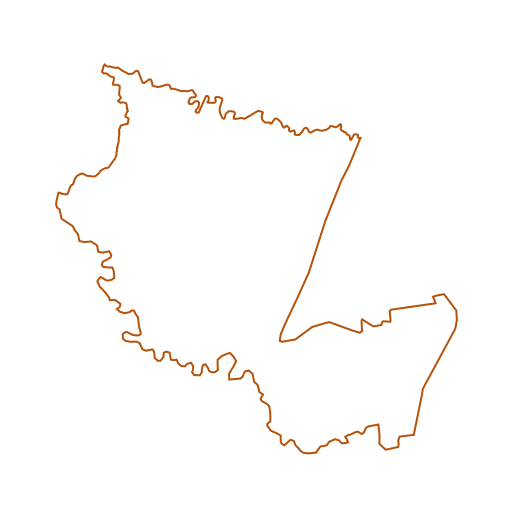 outline of Arbolito, Cerro Largo, Uruguay, rotated 174°
{"feature_id": "84410073B155313044366", "entity_name": "Arbolito", "entity_type": "district", "adm_level": 2, "iso_a3": "URY", "parent_name": "Uruguay", "parent_adm1": "Cerro Largo", "projection": "mercator", "projection_center": [-54.143, -32.623], "detail": "fine", "context": "isolated", "style": "outline", "palette": "amber", "viewbox_px": 512, "rotation_deg": 174, "n_neighbors": 0, "source": "geoboundaries", "source_scale": "gbopen_adm2", "svg_char_len": 6100}
<svg xmlns="http://www.w3.org/2000/svg" viewBox="0 0 512 512"><g transform="rotate(174 256 256)"><path d="M139.8,362.4L141.2,362.4L142.3,363.5L142.3,364.1L141.9,365.5L142.2,366.2L145.7,366.7L149.0,361.9L149.5,361.6L150.0,361.8L150.3,362.2L150.1,363.3L150.4,365.8L153.1,367.7L153.3,368.6L153.7,369.3L154.3,369.7L155.2,369.9L156.0,370.9L158.0,372.0L158.4,373.1L158.4,373.8L157.7,375.8L157.9,377.8L158.4,378.3L159.1,378.1L160.3,376.8L163.2,375.7L164.5,376.0L165.6,376.7L167.8,377.6L168.7,377.3L169.7,375.8L172.8,374.3L176.9,373.7L177.8,373.8L180.5,374.5L181.5,375.2L182.9,375.2L184.1,375.0L188.2,373.1L189.1,373.1L190.2,373.9L190.9,375.1L191.2,376.6L191.8,377.7L192.7,378.2L193.7,378.2L194.7,377.8L196.6,375.7L196.7,375.0L198.2,373.9L198.8,373.1L200.3,371.9L201.8,372.1L203.4,372.0L204.8,372.9L204.4,374.3L204.5,375.6L205.0,376.9L208.9,376.1L210.1,377.3L209.6,379.7L211.7,382.3L213.0,382.0L213.5,381.2L214.0,380.8L215.2,380.9L216.4,383.3L216.6,385.0L217.4,386.6L220.2,389.9L221.7,390.7L223.1,390.5L226.3,386.6L226.9,386.2L227.9,386.2L228.0,387.0L229.0,387.4L232.8,387.7L234.8,389.7L235.7,391.4L235.8,393.7L235.3,396.1L234.6,396.8L234.2,397.6L234.2,398.1L235.1,398.8L237.9,399.8L239.1,400.0L252.7,393.8L253.7,393.8L255.4,394.6L257.1,394.8L260.8,394.4L262.7,394.6L263.8,395.0L263.2,397.6L262.2,399.2L262.0,400.3L262.4,401.2L263.4,402.0L266.7,402.8L268.6,402.5L271.2,400.5L272.8,396.3L273.4,395.9L274.0,395.9L274.9,396.6L275.8,399.0L276.7,401.6L277.0,404.7L276.4,407.3L273.9,413.3L273.4,413.8L273.2,415.8L273.7,416.4L276.3,417.9L277.7,418.3L279.6,418.1L280.1,417.5L279.8,414.1L280.9,412.9L282.0,412.7L287.6,413.5L288.1,414.1L287.0,415.4L286.6,416.6L286.5,418.8L287.2,420.0L288.1,420.4L289.1,420.0L297.8,404.9L298.6,404.6L300.1,404.9L300.8,405.4L301.0,405.9L300.3,407.6L297.8,409.8L296.5,414.0L297.4,415.8L300.2,416.3L302.5,414.7L302.7,414.3L303.1,414.0L305.6,413.9L306.4,414.4L306.7,415.1L306.4,415.4L307.0,416.6L305.6,419.0L304.9,420.0L303.8,420.6L302.2,420.3L300.0,420.5L299.1,421.4L299.0,422.7L299.9,423.7L300.3,424.3L300.3,425.0L301.9,427.5L303.4,427.7L305.5,427.1L307.7,427.0L310.3,427.8L312.5,427.6L320.3,431.0L322.5,430.9L323.2,431.2L323.7,433.8L324.7,434.9L325.8,435.7L328.4,435.5L333.6,434.4L336.5,434.4L340.0,435.7L341.0,436.1L341.5,440.9L342.4,442.6L344.3,442.6L349.0,439.7L349.8,439.8L350.7,440.3L353.6,451.1L354.1,452.1L354.9,452.5L355.6,452.7L356.8,452.2L359.0,450.6L360.1,450.2L363.1,450.3L364.3,450.7L366.4,452.3L367.3,452.7L369.2,454.0L373.7,457.9L375.1,458.0L375.7,457.7L379.3,458.8L381.3,459.8L382.8,459.7L384.6,460.3L386.6,462.2L388.0,460.3L388.6,457.8L389.7,456.3L389.8,455.0L388.5,453.6L385.3,453.0L382.5,450.2L380.9,449.3L379.4,449.0L378.6,447.9L379.4,444.6L380.4,442.4L380.1,441.2L377.6,441.0L375.5,440.5L373.9,439.6L373.9,437.8L375.0,432.8L375.2,430.7L374.8,429.5L373.9,428.2L373.9,427.2L374.5,426.5L377.0,424.7L376.9,424.2L375.5,423.3L374.9,422.5L373.0,422.8L371.3,422.5L369.5,421.6L369.1,421.1L368.7,419.0L368.9,417.4L368.6,416.6L369.0,415.7L368.2,413.6L369.3,412.6L371.2,409.3L371.3,408.8L371.2,408.1L368.8,406.5L368.5,405.8L368.5,404.5L369.0,403.7L369.8,400.8L370.1,400.6L371.0,401.0L372.5,400.5L373.7,400.5L375.3,400.2L376.7,399.8L377.5,398.8L377.7,397.8L378.7,396.5L379.2,394.8L378.9,393.9L379.4,392.2L379.1,391.5L380.1,388.3L380.5,384.7L382.5,378.9L383.0,378.5L383.0,377.9L382.7,377.6L382.9,376.6L383.9,373.7L384.2,371.0L386.3,367.2L388.2,365.4L389.8,363.4L393.0,359.8L394.3,359.2L397.2,359.0L399.8,357.9L402.0,356.6L403.4,354.9L407.1,352.3L409.0,352.0L414.7,353.2L416.4,353.8L419.5,356.0L422.0,356.0L426.2,354.0L428.2,351.4L430.4,346.5L432.5,345.6L434.1,343.3L436.0,338.9L437.4,337.1L439.2,337.2L441.5,338.0L443.0,338.2L443.5,339.0L444.7,339.5L445.9,339.5L448.4,332.5L449.5,327.8L448.6,324.7L446.5,322.9L445.5,313.4L435.0,304.7L433.6,300.6L430.9,296.6L430.0,289.4L425.4,287.8L418.5,287.7L413.0,283.2L412.4,276.7L408.3,275.4L401.5,276.1L399.8,272.2L400.8,269.8L405.6,267.6L409.0,266.4L410.3,263.0L409.2,261.2L404.8,260.1L400.2,259.7L399.1,256.5L399.1,249.2L401.9,247.5L405.9,247.0L408.3,248.0L410.6,250.0L412.6,251.3L414.2,250.3L416.4,247.4L414.6,241.9L409.2,234.8L406.6,230.4L405.9,227.3L400.7,227.0L395.8,222.4L396.7,219.8L399.9,217.8L397.1,214.7L392.4,212.8L387.7,213.4L385.1,214.9L383.0,214.4L381.7,210.9L379.8,207.3L379.7,198.3L378.6,191.0L380.2,189.5L383.6,189.5L387.2,190.6L391.4,193.3L393.2,194.1L395.2,193.2L396.7,192.2L396.9,187.6L394.6,185.2L390.1,183.9L384.0,183.3L380.8,181.6L378.7,175.0L375.2,173.3L368.7,173.9L367.3,171.2L367.5,165.4L364.7,162.1L362.0,161.8L358.7,165.1L357.8,169.4L355.1,170.3L351.9,168.7L351.6,161.8L348.5,161.0L345.8,161.2L344.5,157.1L341.9,154.4L338.1,153.8L335.5,156.0L331.9,156.6L330.0,153.3L330.4,149.9L331.7,147.1L330.0,144.1L324.3,143.2L322.1,146.1L321.5,149.8L320.0,153.1L317.5,153.6L315.5,149.6L314.5,146.3L311.5,144.8L308.7,144.8L305.8,146.8L305.6,151.7L305.0,156.8L300.7,160.0L296.3,161.4L292.2,162.4L288.8,158.2L286.8,153.5L289.2,149.5L295.2,141.6L295.5,135.9L284.2,135.8L281.8,137.5L280.2,140.7L278.7,142.6L275.1,142.8L271.7,139.1L271.0,131.2L267.8,127.5L266.8,120.3L263.5,117.5L266.4,113.6L265.5,111.2L260.4,107.5L258.5,105.2L258.2,98.5L259.0,90.1L262.1,88.0L262.7,86.4L259.6,80.8L253.4,77.2L250.3,74.9L250.8,68.3L249.7,66.1L247.6,64.8L241.0,69.6L237.8,68.2L236.3,63.3L234.0,60.6L232.0,57.4L229.0,55.1L223.9,54.2L216.9,54.2L211.9,59.8L205.4,60.3L202.7,63.6L196.4,65.5L192.7,64.0L190.5,60.9L187.3,60.5L183.9,61.0L185.0,64.6L186.1,66.8L183.7,68.0L180.2,68.7L175.7,70.4L172.9,70.7L169.7,68.0L167.7,68.7L166.0,71.1L164.7,73.6L161.9,74.8L151.9,75.6L151.9,64.8L152.9,56.3L147.3,49.8L138.2,50.8L134.5,51.3L133.8,53.9L133.8,57.7L132.0,61.4L117.8,61.6L105.5,100.6L104.0,106.4L65.4,162.8L62.9,171.3L62.5,180.8L73.0,198.4L80.9,197.7L84.2,197.0L82.3,190.2L127.0,188.5L128.8,187.4L128.9,177.9L129.3,176.6L136.2,177.8L137.3,177.1L138.7,174.2L146.8,173.8L157.1,181.9L157.9,180.2L158.3,170.3L160.8,168.8L167.8,171.8L189.8,182.5L193.8,182.1L207.7,179.5L225.7,168.8L239.2,168.0L241.2,169.1L239.6,175.5L235.0,184.0L218.8,210.7L205.1,234.2L183.5,283.3L163.3,321.9L153.9,336.3L139.8,362.4Z" fill="none" stroke="#b45309" stroke-width="2"/></g></svg>